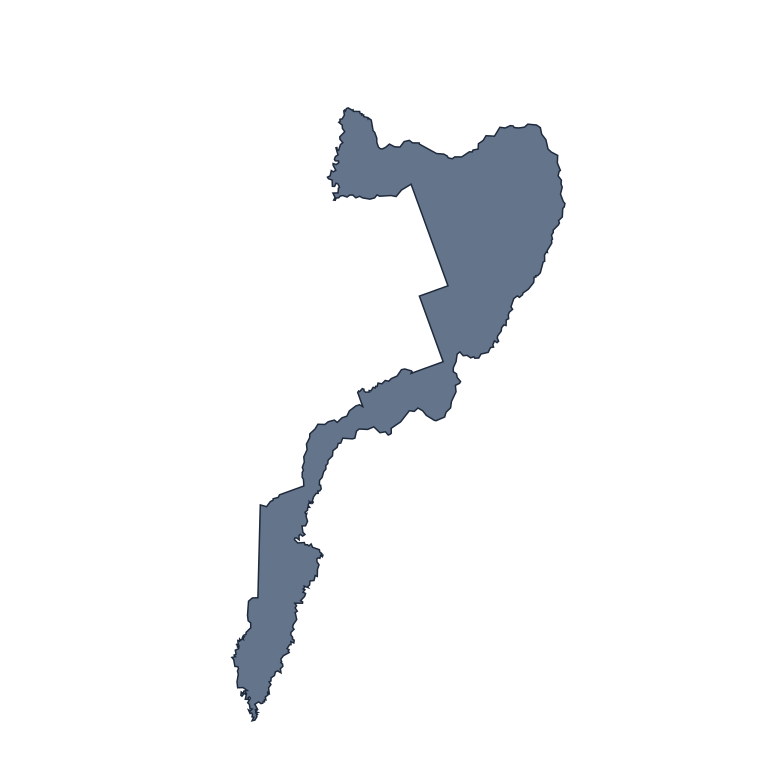 La Paz, Cesar, Colombia (Natural Earth projection), rotated 340°
{"feature_id": "7082276B68584023442252", "entity_name": "La Paz", "entity_type": "district", "adm_level": 2, "iso_a3": "COL", "parent_name": "Colombia", "parent_adm1": "Cesar", "projection": "natural_earth1", "projection_center": [-73.31, 10.11], "detail": "fine", "context": "isolated", "style": "filled", "palette": "slate", "viewbox_px": 768, "rotation_deg": 340, "n_neighbors": 0, "source": "geoboundaries", "source_scale": "gbopen_adm2", "svg_char_len": 6171}
<svg xmlns="http://www.w3.org/2000/svg" viewBox="0 0 768 768"><g transform="rotate(340 384 384)"><path d="M439.6,113.6L438.7,117.8L435.3,120.6L433.1,120.2L432.5,122.3L431.0,122.6L433.3,126.5L432.3,129.4L433.4,133.5L427.0,136.6L426.3,139.0L427.8,143.1L425.0,144.1L421.2,148.9L420.1,148.0L420.6,145.7L419.6,145.6L419.1,153.0L416.2,153.6L414.2,156.0L414.5,157.6L417.5,158.9L417.2,160.5L414.1,161.4L411.6,159.4L411.0,160.9L411.8,166.8L408.9,167.2L407.5,165.4L404.6,170.0L401.6,170.3L402.0,172.1L405.0,174.6L403.1,180.6L405.2,181.4L407.7,178.9L409.1,180.2L409.5,183.9L408.1,184.4L406.2,188.7L401.3,187.1L401.8,192.0L399.6,194.0L401.0,194.7L402.6,192.9L405.1,193.5L407.2,192.4L409.8,192.9L413.2,195.7L416.5,194.7L419.4,195.9L421.2,199.4L425.4,199.3L427.4,201.7L434.0,205.5L438.8,205.9L442.1,203.9L444.0,206.0L455.1,209.3L459.5,212.0L466.8,207.7L477.8,205.5L477.7,313.6L447.3,313.5L447.2,383.3L413.1,383.3L414.6,381.9L414.3,381.1L408.7,377.0L405.3,376.5L399.0,381.0L392.7,381.4L389.4,383.0L386.4,381.1L382.2,383.1L378.7,381.1L376.7,384.0L375.4,383.3L374.3,384.7L372.7,383.4L369.5,385.9L367.8,385.1L367.6,386.5L363.9,385.5L362.9,383.9L363.3,382.0L362.0,380.9L358.5,382.8L357.8,381.9L356.4,382.9L356.3,398.0L353.9,395.1L350.0,395.0L342.3,397.4L338.1,401.5L332.9,401.4L326.9,404.1L325.0,400.9L318.6,400.4L314.6,401.8L308.1,399.2L303.8,402.7L297.2,405.5L295.8,409.0L290.6,413.9L289.2,419.5L283.7,425.0L282.4,430.1L278.7,434.4L278.8,437.4L276.9,439.1L275.2,443.7L275.7,446.0L273.8,452.4L247.9,452.4L245.8,454.4L240.6,453.9L239.9,455.3L237.0,455.6L231.7,459.1L226.4,455.3L192.4,541.7L187.0,540.0L182.4,541.8L176.6,554.7L175.4,560.0L177.0,562.9L175.4,567.5L169.5,570.2L168.7,572.0L165.9,572.2L164.6,573.5L166.0,573.8L164.6,574.7L164.5,576.0L163.6,574.9L161.7,575.9L161.1,574.2L160.1,576.1L158.9,575.1L157.9,578.9L155.9,578.0L156.8,579.1L156.4,581.1L158.0,580.7L156.9,583.0L153.2,583.3L152.6,587.3L150.4,587.5L151.1,589.4L147.5,588.9L148.5,591.6L147.3,598.4L149.9,599.6L149.9,601.7L148.1,603.6L147.8,606.9L144.0,613.6L142.6,619.4L147.8,621.1L150.7,625.3L147.4,624.6L145.6,626.5L144.5,624.6L143.0,627.7L143.8,628.8L146.7,627.0L147.7,628.1L148.4,626.7L148.9,627.9L145.8,632.8L148.5,634.0L149.2,632.3L150.5,632.0L151.0,633.6L146.9,636.9L147.9,638.9L147.1,643.2L149.0,644.4L146.6,645.4L145.2,643.9L145.5,647.9L147.0,647.9L147.5,649.4L146.1,651.6L147.7,652.6L144.8,655.3L147.6,655.7L150.8,653.2L150.8,651.6L152.1,651.3L151.1,649.5L153.1,649.5L151.3,648.1L151.9,646.7L152.3,647.3L153.5,646.9L152.2,646.1L153.8,645.7L153.1,640.8L157.5,639.8L159.0,642.2L160.9,642.5L161.9,641.1L163.0,641.7L163.7,639.8L165.0,640.5L165.4,637.6L169.5,636.1L168.8,634.8L169.5,633.7L170.4,635.3L171.6,630.0L175.0,627.7L174.1,624.6L176.2,624.4L177.3,621.6L181.4,620.4L183.5,617.4L185.9,617.2L188.4,620.2L189.2,616.2L192.4,614.7L192.9,612.4L191.7,610.4L192.9,610.0L192.9,607.3L196.6,604.9L203.1,603.9L202.6,602.3L203.9,601.3L202.4,599.5L205.9,596.8L207.5,597.1L208.4,594.2L210.7,596.5L212.0,594.0L210.8,592.3L211.5,590.7L210.7,587.7L211.6,585.6L215.6,583.7L214.9,581.5L216.4,579.1L221.4,575.5L222.4,568.3L224.8,567.9L223.9,564.0L226.0,562.5L225.2,559.5L232.5,562.1L233.0,560.9L231.6,559.0L236.7,556.5L238.7,554.0L236.6,551.9L239.3,550.3L237.9,549.0L239.6,548.1L239.9,546.6L243.1,549.4L242.8,548.5L245.4,547.4L247.1,543.8L251.0,544.7L253.8,540.5L255.5,542.0L258.1,535.4L261.1,531.7L260.2,528.1L261.1,525.4L262.6,524.8L264.1,525.9L265.8,523.5L267.0,525.3L268.1,523.9L266.8,523.1L267.6,522.1L266.2,519.9L266.6,517.6L261.0,513.0L260.8,509.4L258.1,510.5L257.1,508.8L254.9,508.2L254.9,505.7L248.6,503.9L246.6,499.6L247.5,498.3L249.0,498.5L251.0,501.4L252.2,497.5L253.9,496.6L255.4,499.1L258.3,498.4L257.1,495.5L258.4,489.4L261.8,490.4L265.2,486.9L265.5,481.6L267.2,479.2L265.9,479.1L265.9,477.5L269.0,476.4L270.2,473.7L271.9,474.4L271.2,472.0L272.8,470.2L274.1,471.0L273.8,469.1L275.9,471.4L276.1,470.4L277.4,471.3L276.5,469.7L279.3,465.9L282.8,463.6L284.8,464.2L285.2,462.0L287.0,462.5L289.1,461.1L289.8,457.4L288.7,456.8L290.5,452.5L293.9,450.6L297.4,445.7L300.3,444.1L301.4,440.7L303.9,439.6L305.4,436.5L311.0,433.9L313.2,429.2L318.3,427.5L320.6,424.2L323.2,424.7L326.6,420.8L335.6,424.8L338.1,424.9L342.0,418.9L345.2,417.8L353.1,421.1L359.8,420.8L363.5,428.4L369.0,429.4L370.5,433.4L372.7,433.3L374.0,432.8L375.6,428.1L386.6,425.3L398.7,417.8L403.1,420.1L407.7,418.2L411.3,422.6L413.0,427.9L418.8,435.3L420.3,436.3L429.7,435.8L432.6,431.8L438.4,429.2L441.5,423.4L449.0,416.0L450.6,409.7L455.2,409.2L456.8,407.9L455.0,402.9L455.6,399.3L453.3,396.1L454.8,392.3L459.4,387.6L462.9,381.0L466.3,379.8L468.1,384.5L471.9,385.5L474.4,389.1L477.7,389.1L478.1,390.8L481.9,392.0L485.4,389.0L492.7,389.9L496.5,386.2L499.6,386.8L499.7,384.4L502.5,381.3L504.4,383.8L506.4,382.9L506.1,379.6L507.3,377.6L512.2,374.4L513.9,371.2L516.9,369.5L518.7,370.8L520.8,365.6L523.5,365.3L524.4,361.6L526.3,359.4L530.4,357.8L529.7,354.9L535.2,348.1L539.4,346.8L540.9,348.9L544.8,347.5L545.7,346.0L552.1,344.3L559.4,339.8L561.6,335.0L563.4,335.4L563.7,334.2L565.5,334.7L568.9,333.0L575.3,323.8L577.0,323.6L578.9,317.8L581.5,315.6L582.6,316.3L582.8,314.6L589.9,308.9L590.6,306.2L591.9,305.5L592.3,301.4L594.9,299.5L595.6,297.3L602.2,294.2L603.9,292.7L603.9,290.2L608.7,288.0L612.0,280.2L614.0,279.2L615.8,276.2L614.9,274.1L614.8,265.9L618.8,260.0L618.8,256.5L620.4,253.2L618.8,248.0L621.2,244.2L622.8,243.6L622.5,235.5L625.4,228.6L620.5,223.2L618.5,219.2L619.7,209.8L617.6,203.2L618.6,196.6L615.9,192.8L608.0,189.0L603.9,190.7L598.2,189.5L594.1,187.6L593.7,185.8L591.2,184.4L585.5,184.9L580.7,182.4L572.6,188.9L564.8,185.6L560.4,189.1L554.9,190.5L552.8,195.4L547.7,194.6L546.2,196.1L543.6,195.0L534.7,197.2L528.2,194.8L525.2,195.7L521.7,193.4L521.4,191.4L518.8,188.4L512.2,185.4L499.3,170.7L499.5,169.5L493.3,167.2L491.1,163.7L485.8,163.1L480.1,166.8L475.2,164.8L471.1,160.4L466.4,162.2L462.5,162.5L460.9,161.5L459.8,159.5L459.9,154.5L461.3,150.4L461.3,144.4L460.4,142.3L462.3,131.6L460.4,128.8L459.7,129.4L459.7,128.0L456.4,125.8L456.9,124.2L455.1,123.7L455.8,122.6L454.1,121.6L454.3,119.6L448.4,117.3L448.7,115.7L447.7,115.8L444.8,112.3L442.9,112.3L441.1,114.3L440.7,113.1L439.6,113.6Z" fill="#64748b" stroke="#1e293b" stroke-width="1.5"/></g></svg>